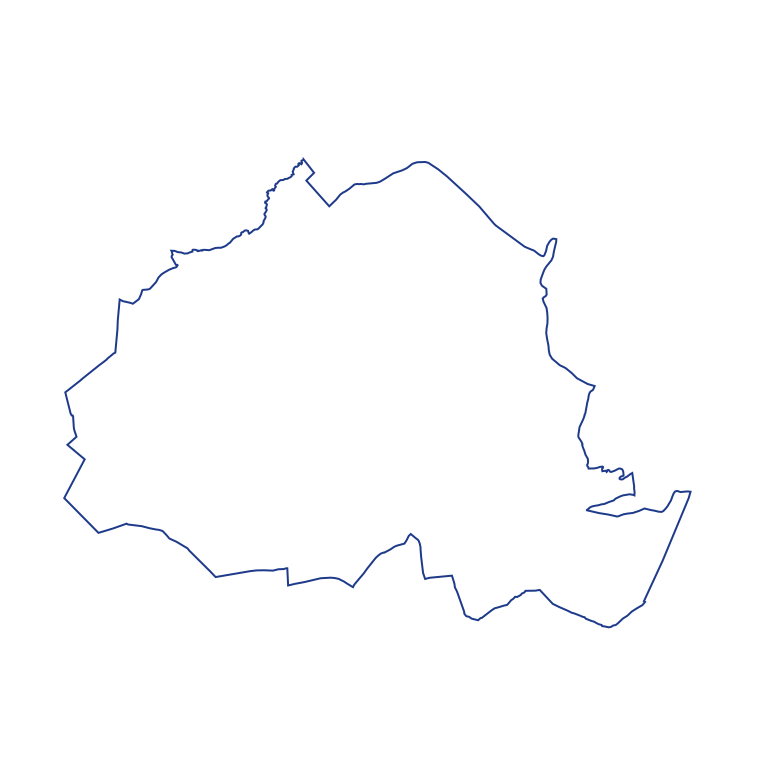 Camar, Salaj, Romania, rotated 96°
{"feature_id": "2599482B75066150434534", "entity_name": "Camar", "entity_type": "district", "adm_level": 2, "iso_a3": "ROU", "parent_name": "Romania", "parent_adm1": "Salaj", "projection": "natural_earth1", "projection_center": [22.617, 47.305], "detail": "fine", "context": "isolated", "style": "outline", "palette": "blue", "viewbox_px": 768, "rotation_deg": 96, "n_neighbors": 0, "source": "geoboundaries", "source_scale": "gbopen_adm2", "svg_char_len": 6134}
<svg xmlns="http://www.w3.org/2000/svg" viewBox="0 0 768 768"><g transform="rotate(96 384 384)"><path d="M530.9,690.1L561.9,652.4L556.0,638.4L549.8,625.4L550.5,623.7L550.7,610.2L551.9,602.3L552.5,595.9L552.6,592.4L553.3,589.1L553.6,588.5L557.0,584.5L560.1,581.3L562.6,573.9L568.0,562.2L570.1,560.2L588.4,537.4L593.6,531.3L584.1,497.5L582.7,491.2L581.8,483.9L581.2,474.9L579.3,469.7L578.5,464.3L577.5,462.0L577.4,460.9L594.4,458.3L592.0,451.5L589.3,442.4L583.8,426.7L582.2,416.9L582.1,412.9L582.6,408.3L583.2,407.1L584.6,403.2L586.1,400.4L589.3,393.6L586.9,392.7L585.1,391.6L574.4,384.3L569.3,381.4L559.7,375.3L557.5,373.8L555.2,371.8L552.9,369.3L551.5,366.3L551.6,365.9L547.8,360.3L544.9,356.9L543.6,354.7L540.6,347.0L537.3,345.3L532.5,343.5L530.4,341.7L534.1,336.2L535.1,334.4L536.2,333.2L538.7,331.9L542.9,330.5L543.9,330.5L552.0,329.0L567.8,325.4L573.6,322.7L572.0,318.6L567.5,296.4L575.2,293.1L578.2,292.4L579.7,291.7L581.9,290.2L584.4,288.9L601.8,280.6L604.2,280.0L606.3,277.9L606.7,274.9L608.2,272.3L609.1,265.7L606.8,263.6L606.4,262.3L597.8,253.3L595.5,250.5L594.2,247.1L591.8,241.4L590.9,238.6L589.4,237.4L585.8,235.0L584.1,233.0L581.9,231.3L581.9,229.4L579.6,226.0L578.6,225.4L577.7,224.6L577.2,223.4L576.2,222.3L574.9,221.7L573.7,211.8L572.5,207.6L585.0,193.2L587.5,186.4L590.2,177.8L591.9,173.3L592.2,171.1L594.0,164.4L594.7,162.4L595.0,160.1L596.3,158.8L597.9,153.1L598.4,150.4L600.4,145.6L600.9,142.4L602.0,141.7L602.0,139.4L602.5,135.0L601.7,132.6L600.3,131.0L599.5,128.4L597.8,126.6L592.2,121.8L589.0,117.7L584.4,113.8L580.3,108.6L576.9,103.9L573.5,101.6L572.9,102.8L530.6,88.4L465.8,69.1L459.1,67.9L459.1,70.7L459.7,74.2L460.4,77.3L460.4,78.3L459.8,80.6L459.9,81.9L460.4,83.2L462.3,84.4L465.6,85.4L469.7,86.4L475.8,89.2L478.4,90.8L481.0,92.8L481.8,93.8L482.2,94.7L482.3,97.5L481.8,101.0L481.4,105.9L480.6,111.9L483.4,116.8L486.2,122.9L487.5,128.6L488.6,132.3L491.2,137.5L491.4,138.2L490.4,147.3L489.9,156.5L488.4,169.0L488.2,169.1L485.2,166.2L484.5,165.2L483.5,162.9L482.1,157.9L481.0,155.3L480.4,152.8L479.8,151.4L478.0,148.2L475.8,143.4L473.9,141.8L471.4,137.9L469.8,134.7L468.0,128.2L468.2,124.7L468.6,123.3L465.3,123.5L461.2,124.5L460.1,124.4L446.6,127.8L447.7,129.4L450.8,132.7L452.0,134.7L453.8,136.5L454.2,138.4L453.8,139.7L453.3,139.9L452.5,139.8L451.4,138.9L450.4,136.7L449.8,136.2L446.2,136.9L444.9,137.5L443.8,138.5L443.7,139.0L443.4,140.4L443.6,141.7L446.1,145.5L447.5,148.3L447.7,149.2L447.6,150.0L446.2,151.2L446.0,152.1L446.4,152.8L447.7,153.0L448.2,153.4L447.3,154.1L447.1,154.6L447.9,157.7L446.3,158.2L445.2,158.1L444.9,158.0L444.7,157.6L443.8,157.4L443.4,157.7L443.3,157.9L443.8,160.3L445.3,163.7L446.0,166.2L446.7,171.7L445.3,172.2L444.5,173.1L443.8,173.4L443.3,173.5L441.9,173.0L440.0,172.9L437.0,173.5L433.3,176.2L429.5,177.8L426.4,179.5L423.7,180.6L423.0,180.3L420.4,181.9L416.9,184.8L416.1,185.2L414.6,185.4L406.4,185.0L398.0,182.1L394.3,181.2L393.9,181.4L392.0,180.7L381.2,179.9L377.3,179.3L373.9,179.2L371.7,178.7L370.0,177.9L368.1,175.6L365.3,174.6L364.0,174.3L362.7,181.5L358.1,192.7L353.4,198.6L349.1,205.2L346.9,211.2L341.3,219.4L337.5,222.3L333.3,223.6L328.9,224.4L321.8,226.6L316.3,228.0L311.6,228.1L306.8,227.8L301.4,228.2L296.2,229.1L291.4,230.3L285.6,233.9L282.4,235.1L280.7,233.8L279.8,232.5L278.1,231.6L272.4,232.5L269.8,237.1L267.3,238.9L263.8,239.1L256.5,237.3L253.2,236.3L250.3,234.9L243.4,230.4L239.7,229.2L234.7,228.9L224.4,227.6L221.9,227.8L221.7,231.0L223.1,232.8L225.7,234.5L229.6,236.2L234.6,236.7L239.2,238.0L240.2,238.8L240.0,241.1L238.8,243.7L235.7,248.6L234.4,253.2L232.8,258.4L214.6,289.5L212.9,291.6L197.5,307.8L186.1,322.6L171.0,343.0L164.8,352.6L159.4,363.0L158.9,366.1L160.0,374.2L162.0,378.7L166.9,383.8L169.6,388.2L173.5,396.8L179.5,404.2L183.3,409.3L184.7,412.4L186.8,422.9L187.5,424.7L187.5,427.7L187.9,430.2L187.8,431.1L188.4,433.7L189.2,434.8L193.1,438.5L196.4,442.4L198.0,444.9L200.2,447.3L205.6,450.8L213.0,457.0L189.8,482.5L181.3,475.6L169.0,487.5L169.5,487.5L170.1,488.8L170.9,489.5L172.3,488.7L173.3,488.7L173.7,488.9L174.1,489.2L173.2,490.6L173.2,491.4L174.2,492.2L175.2,491.5L175.5,491.7L177.0,493.1L177.1,494.6L177.7,495.4L179.3,496.3L180.1,496.2L182.4,497.0L184.9,495.8L185.7,497.7L186.7,497.5L187.6,498.1L188.5,499.2L188.9,500.1L189.8,501.2L190.2,502.3L190.5,504.1L191.2,504.8L191.7,505.8L192.1,508.4L193.7,510.0L195.8,511.3L196.1,512.2L196.6,512.7L198.2,513.0L199.2,512.2L201.4,513.5L203.0,513.5L203.3,514.0L203.1,514.5L201.9,515.3L202.0,515.6L203.4,516.9L203.7,518.8L204.1,519.3L205.4,520.3L205.8,520.4L206.4,519.1L206.7,519.1L208.1,519.7L208.8,519.7L210.0,518.9L210.9,517.9L211.5,517.7L212.6,518.6L214.5,519.8L214.9,521.0L215.8,521.3L216.2,521.2L217.0,519.7L217.7,519.2L220.5,519.6L221.4,520.2L221.7,520.1L222.2,519.3L222.9,518.9L223.7,518.9L226.3,520.1L226.9,520.6L228.0,520.6L229.7,519.2L230.4,519.2L231.7,519.5L233.9,520.5L234.7,520.8L236.0,520.7L237.8,521.3L242.9,525.4L243.3,525.8L243.9,528.6L244.9,530.0L246.9,531.8L248.6,533.8L248.0,534.4L245.9,535.2L245.6,537.1L246.0,538.6L247.7,540.2L248.1,541.4L248.6,541.8L250.0,541.7L250.7,541.9L251.3,542.5L252.0,543.4L252.5,544.6L252.6,545.7L255.5,549.3L259.6,552.0L260.3,553.0L262.6,555.2L263.9,557.0L265.5,560.3L265.7,561.3L265.7,562.5L266.4,566.0L269.2,571.8L269.3,576.3L269.6,578.2L270.2,578.5L270.4,579.1L270.0,579.7L270.9,581.5L270.8,582.7L271.3,582.9L271.3,583.4L270.6,584.0L270.4,584.7L270.2,586.1L270.5,588.2L270.9,588.5L272.4,588.4L273.5,591.1L274.7,593.2L274.7,593.8L275.2,596.0L274.4,599.2L274.4,603.1L273.9,604.4L273.5,606.3L273.7,609.4L274.6,608.8L276.9,608.1L277.5,607.7L279.1,608.5L280.0,608.5L286.7,603.8L287.6,602.9L287.2,601.9L287.5,601.7L289.3,602.6L289.9,603.5L290.8,605.8L292.6,609.3L296.4,614.6L298.5,617.0L301.7,619.4L306.6,621.4L313.7,626.7L314.1,627.3L314.7,628.8L315.6,633.6L316.0,634.2L319.9,634.9L325.2,636.6L330.4,642.1L329.7,645.5L328.9,652.4L327.6,655.7L348.7,655.4L357.9,654.8L380.9,654.5L381.9,656.1L387.1,661.2L389.2,662.9L395.3,669.4L409.6,683.9L412.2,686.3L425.6,700.1L446.1,692.6L447.9,691.3L447.7,690.9L447.9,690.3L448.8,689.8L459.9,687.9L462.2,687.2L468.6,684.3L477.6,692.5L490.2,673.8L530.9,690.1Z" fill="none" stroke="#1e3a8a" stroke-width="2"/></g></svg>